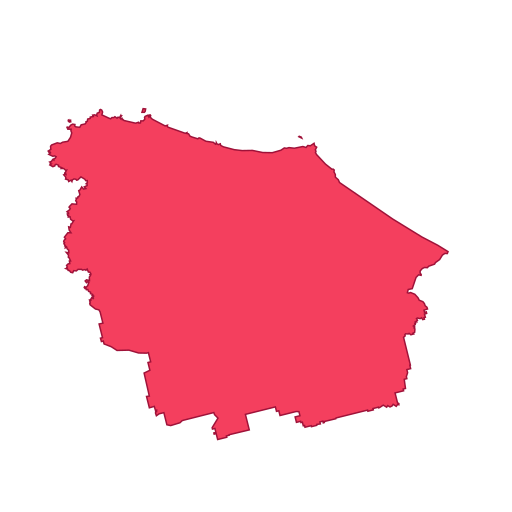 Manjimup, Western Australia, Australia (Mercator projection), rotated 166°
{"feature_id": "25037944B58524535883846", "entity_name": "Manjimup", "entity_type": "district", "adm_level": 2, "iso_a3": "AUS", "parent_name": "Australia", "parent_adm1": "Western Australia", "projection": "mercator", "projection_center": [116.36, -34.598], "detail": "fine", "context": "isolated", "style": "filled", "palette": "rose", "viewbox_px": 512, "rotation_deg": 166, "n_neighbors": 0, "source": "geoboundaries", "source_scale": "gbopen_adm2", "svg_char_len": 6102}
<svg xmlns="http://www.w3.org/2000/svg" viewBox="0 0 512 512"><g transform="rotate(166 256 256)"><path d="M325.4,88.6L325.3,89.1L304.6,88.9L304.6,104.9L273.7,104.9L273.7,100.3L271.3,100.3L271.3,95.4L254.7,95.4L252.0,94.6L252.0,90.4L257.0,90.4L257.0,84.8L252.7,84.8L252.7,83.5L251.2,83.5L251.2,79.8L249.9,79.8L249.9,78.0L243.5,78.0L243.5,77.0L238.0,77.0L237.7,77.9L234.2,77.5L234.2,79.5L231.1,79.6L231.1,77.8L230.0,77.9L230.0,78.9L217.9,78.8L217.5,79.5L185.0,79.5L185.0,78.3L179.4,78.3L179.4,79.7L173.8,79.7L173.8,79.0L172.9,79.0L168.6,80.5L165.8,77.7L164.4,79.0L162.5,77.1L160.2,77.6L158.8,78.9L156.3,76.2L154.5,77.7L153.4,77.1L153.1,78.2L154.2,79.4L154.2,89.5L145.4,89.5L145.4,91.3L143.0,91.3L142.0,100.5L139.3,100.5L139.3,102.6L137.1,106.1L137.1,109.3L133.2,109.3L133.2,112.8L132.6,112.8L132.5,141.4L130.6,142.4L130.6,143.6L129.7,144.3L127.0,143.5L126.2,143.9L124.8,142.1L121.9,142.2L122.4,143.1L120.5,143.6L119.6,146.3L119.4,148.1L119.9,148.2L119.2,149.0L120.2,150.0L118.1,150.9L118.2,152.1L117.5,152.1L117.4,153.5L116.0,153.2L116.2,154.0L114.9,154.5L115.4,156.5L114.4,156.8L111.9,155.5L110.2,156.0L109.7,154.0L107.9,153.9L107.9,155.6L106.5,155.6L106.6,158.9L104.3,159.0L104.3,160.6L106.1,160.6L106.1,162.8L102.4,163.1L102.5,164.9L103.9,166.8L104.1,169.1L105.1,171.3L108.3,173.6L108.9,176.3L111.2,180.5L114.9,183.2L116.8,183.0L118.0,183.8L116.4,186.7L112.3,186.5L105.9,196.5L102.8,198.4L100.5,197.3L100.2,198.1L100.9,199.9L100.3,201.8L97.7,203.6L95.3,204.1L92.5,203.2L91.0,204.3L84.7,204.9L83.5,206.2L78.7,208.1L74.9,211.8L72.1,212.8L69.8,212.1L68.6,213.8L77.1,222.5L90.4,234.3L114.3,258.7L157.2,307.1L157.7,310.1L159.9,313.3L159.3,315.9L160.0,318.7L159.3,320.5L160.2,321.7L161.3,321.8L166.4,328.4L172.7,339.8L173.3,341.9L172.5,343.0L172.7,344.8L170.8,346.9L172.5,348.8L172.4,351.3L176.6,349.8L179.0,350.7L181.2,349.2L184.0,350.9L192.7,351.3L197.8,353.2L200.3,353.1L202.4,354.0L206.3,352.6L215.2,352.3L224.5,354.8L233.9,359.3L243.9,361.6L251.3,364.4L261.2,369.8L263.5,371.8L263.5,373.5L265.6,373.2L266.8,374.3L267.1,375.6L267.5,374.4L268.2,374.2L269.9,376.6L276.9,379.5L281.7,383.9L282.7,384.4L284.1,383.8L289.2,386.9L291.0,388.2L291.9,390.9L293.6,391.7L293.2,392.4L295.0,392.2L310.1,402.2L310.8,403.4L310.3,404.3L312.7,404.2L323.5,413.8L325.1,416.4L324.2,417.7L324.5,418.5L325.5,418.6L326.4,417.0L326.9,418.8L329.8,418.3L330.6,417.5L330.8,415.6L332.8,414.4L335.1,415.0L335.9,413.1L337.4,413.2L337.6,414.2L340.7,414.0L351.3,419.4L352.2,420.8L352.7,420.7L352.7,422.0L354.0,421.7L354.2,423.1L352.7,424.5L353.4,424.6L353.2,424.8L353.2,425.1L355.0,423.2L356.3,424.1L357.5,423.3L359.2,425.3L360.6,424.7L362.3,425.2L363.8,424.3L365.2,425.2L371.4,430.2L370.0,432.8L370.4,434.9L371.4,435.8L372.4,435.5L373.2,433.3L375.5,433.0L376.5,431.4L376.4,430.5L378.3,432.0L380.4,432.2L380.1,430.7L383.2,430.9L383.6,429.6L386.2,429.6L387.0,427.6L388.5,427.4L388.5,426.6L389.9,425.5L393.9,425.6L395.9,423.5L399.6,424.9L400.5,426.1L399.9,427.4L402.0,428.3L404.1,427.8L406.4,426.0L408.0,426.8L408.4,426.2L407.7,425.5L407.9,424.6L404.7,423.7L405.3,422.3L405.0,420.0L407.3,416.0L410.8,412.8L416.1,413.2L418.6,412.5L421.5,413.9L427.4,413.2L428.8,412.2L429.3,409.1L432.2,408.1L431.4,407.2L432.4,406.9L430.6,406.6L430.4,405.8L432.5,404.8L429.0,401.9L427.3,401.9L425.9,400.7L427.1,399.4L428.4,399.4L428.9,398.0L429.8,398.9L431.6,397.3L433.4,397.1L432.7,396.2L433.4,395.2L432.5,394.8L433.9,394.1L431.5,391.8L429.4,392.1L429.2,392.8L427.8,393.4L425.6,391.8L426.0,390.6L423.1,388.7L423.9,388.0L421.4,387.4L419.9,385.1L419.1,385.1L420.7,383.3L420.7,381.4L421.6,382.4L421.9,381.5L422.9,381.3L421.7,379.0L421.6,377.6L422.2,376.7L419.8,375.3L419.7,373.6L417.1,374.3L416.6,372.8L415.8,374.2L414.0,374.8L412.1,374.0L411.8,373.0L410.6,372.9L406.7,375.1L403.5,371.9L403.0,370.3L401.5,370.0L401.9,368.0L403.3,367.2L402.5,366.7L402.8,365.2L405.9,364.6L404.8,362.6L407.2,362.7L408.4,365.2L410.8,362.7L412.2,362.3L412.0,358.2L413.6,356.5L414.5,356.5L415.0,355.4L416.6,355.6L416.5,354.7L417.6,353.2L416.9,351.9L417.6,349.6L422.0,351.1L425.3,349.0L425.6,348.4L424.7,347.2L425.6,346.0L428.7,344.7L427.5,343.2L427.6,342.5L428.9,342.5L428.9,340.8L428.1,340.6L428.7,339.2L426.9,339.0L427.0,336.5L425.3,334.4L424.4,334.3L427.0,331.8L427.7,331.9L429.2,328.7L430.7,329.6L431.0,326.3L429.9,323.3L432.9,324.1L437.4,320.6L436.6,318.7L438.5,317.6L439.2,316.3L438.5,315.2L439.4,314.4L438.7,312.6L439.1,312.0L438.3,311.5L439.0,310.1L437.6,310.5L437.5,308.7L436.4,307.0L436.9,304.4L439.2,305.4L437.7,302.3L438.4,300.2L437.8,299.6L437.1,296.1L438.3,296.3L438.5,293.7L440.2,293.8L442.1,292.7L441.7,291.0L442.5,290.5L442.3,289.8L443.4,289.7L441.8,288.6L441.8,287.5L440.5,286.9L439.7,285.0L437.9,284.1L436.4,285.9L433.9,285.0L431.9,286.1L428.4,285.2L427.8,284.3L425.2,284.2L424.5,283.3L423.0,284.2L422.5,281.0L421.0,280.4L420.5,278.4L421.7,278.2L421.3,277.1L422.8,275.9L423.5,272.5L426.2,273.9L427.8,273.1L426.9,271.1L425.3,271.8L424.5,271.0L426.5,267.9L428.5,266.7L429.7,267.7L430.3,267.0L429.6,265.6L428.7,265.2L428.7,264.3L427.3,264.2L427.0,262.2L425.3,260.9L425.7,259.5L423.9,258.3L423.7,257.6L424.5,257.2L423.3,256.3L424.3,255.7L423.9,254.5L424.4,254.1L425.4,255.4L427.2,253.6L428.2,253.6L428.0,252.8L427.3,252.7L428.4,251.7L428.1,250.6L428.8,250.1L428.8,248.8L424.6,243.4L421.5,241.8L420.8,239.5L420.8,227.9L424.7,228.0L424.7,213.9L426.8,213.9L426.7,210.4L424.7,210.4L424.7,207.4L418.4,203.0L413.7,198.0L402.1,195.4L393.4,190.3L385.6,188.2L383.8,188.3L383.8,178.8L386.6,178.8L386.6,170.8L392.9,169.5L393.4,145.9L396.2,146.2L396.2,134.5L391.1,134.7L390.9,130.5L389.7,130.5L390.1,129.0L391.1,129.0L391.5,127.9L391.3,125.1L388.2,126.3L383.3,126.3L383.3,113.8L379.8,112.1L370.1,112.6L367.5,114.1L365.9,114.2L334.8,114.3L334.6,112.1L332.1,107.9L340.1,100.0L340.1,98.6L337.6,98.6L337.6,94.5L339.7,94.5L339.7,93.3L337.6,93.3L337.6,87.2L328.2,87.2L328.2,88.6L325.4,88.6ZM327.5,425.4L329.9,426.3L331.9,423.0L329.6,422.4L328.5,423.2L327.5,425.4ZM405.5,432.4L404.7,431.1L403.3,431.0L403.1,432.6L404.5,432.3L404.6,433.4L405.3,433.2L405.5,432.4ZM183.3,360.4L185.1,361.7L185.6,361.4L183.1,359.3L183.3,360.4Z" fill="#f43f5e" stroke="#9f1239" stroke-width="1.5"/></g></svg>